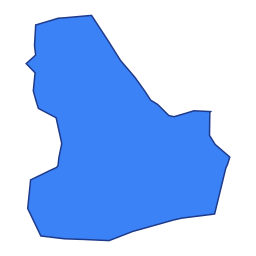 the district of Xuld, Dundgovi, Mongolia
{"feature_id": "93677404B62484522824212", "entity_name": "Xuld", "entity_type": "district", "adm_level": 2, "iso_a3": "MNG", "parent_name": "Mongolia", "parent_adm1": "Dundgovi", "projection": "natural_earth1", "projection_center": [105.477, 45.18], "detail": "fine", "context": "isolated", "style": "filled", "palette": "blue", "viewbox_px": 256, "rotation_deg": 0, "n_neighbors": 0, "source": "geoboundaries", "source_scale": "gbopen_adm2", "svg_char_len": 691}
<svg xmlns="http://www.w3.org/2000/svg" viewBox="0 0 256 256"><path d="M109.1,240.6L132.5,231.5L172.7,220.2L181.9,218.1L214.6,214.0L225.8,168.1L227.4,164.7L229.8,157.1L215.1,144.4L209.5,135.4L209.8,112.5L210.6,111.6L203.1,111.2L193.8,110.8L186.3,113.1L174.0,116.7L168.9,115.6L157.6,104.4L150.7,100.2L144.9,91.3L134.8,77.2L120.6,60.6L108.2,40.9L91.5,15.4L63.3,17.9L58.3,18.2L37.7,24.4L35.7,24.9L34.5,45.5L35.6,54.5L35.6,55.1L26.2,63.6L35.1,72.8L33.3,90.8L35.8,100.1L38.4,108.4L56.1,117.7L61.7,143.2L61.4,145.4L58.9,157.5L58.0,165.6L56.5,167.5L49.5,170.7L30.6,179.9L27.7,208.5L40.9,236.0L64.6,238.8L81.9,239.4L82.6,239.4L109.1,240.6Z" fill="#3b82f6" stroke="#1e3a8a" stroke-width="1.5"/></svg>